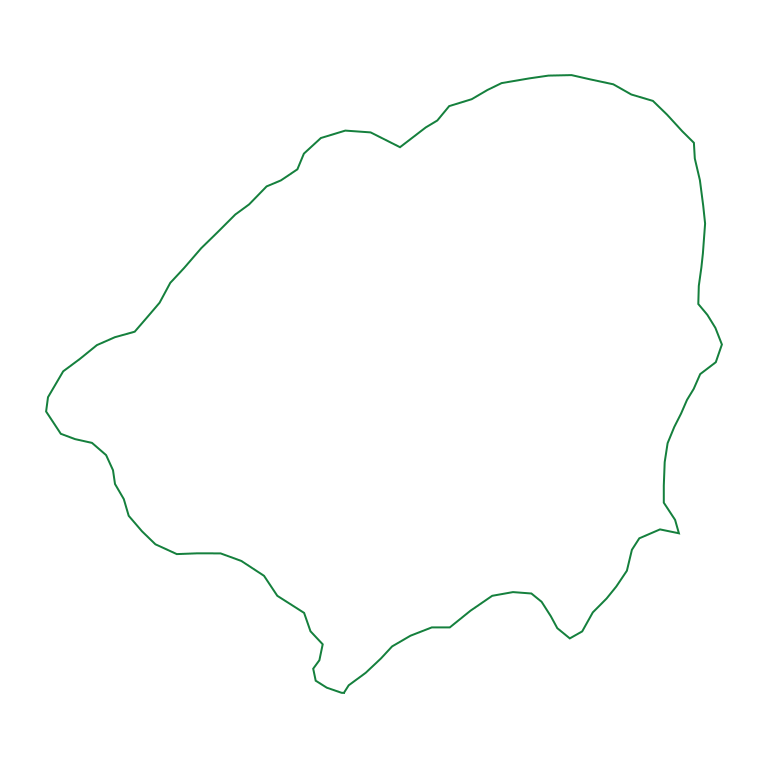 Shahbuz District, Şahbuz, Azerbaijan (orthographic projection)
{"feature_id": "54616110B68105682916253", "entity_name": "Shahbuz District", "entity_type": "district", "adm_level": 2, "iso_a3": "AZE", "parent_name": "Azerbaijan", "parent_adm1": "Şahbuz", "projection": "orthographic", "projection_center": [45.639, 39.439], "detail": "fine", "context": "isolated", "style": "outline", "palette": "green", "viewbox_px": 768, "rotation_deg": 0, "n_neighbors": 0, "source": "geoboundaries", "source_scale": "gbopen_adm2", "svg_char_len": 1490}
<svg xmlns="http://www.w3.org/2000/svg" viewBox="0 0 768 768"><path d="M678.9,533.3L675.1,519.9L663.8,502.7L663.8,485.5L664.7,462.1L667.6,443.2L674.3,426.9L681.1,413.5L687.0,399.9L693.7,388.9L700.2,374.1L715.8,362.2L721.9,344.5L715.4,327.9L707.4,314.9L698.3,304.0L698.8,285.9L701.4,267.3L702.9,253.4L705.1,223.6L703.2,205.6L699.9,180.2L694.8,158.5L693.9,142.8L682.3,131.3L667.1,114.7L652.9,100.9L631.3,94.5L613.3,84.3L589.9,79.3L571.5,75.1L548.5,75.6L529.2,78.4L501.6,83.1L487.4,90.0L471.7,99.2L449.2,106.1L437.3,120.5L425.8,127.4L400.0,147.2L370.6,132.4L345.3,130.6L320.9,138.0L303.9,153.6L297.4,169.3L280.9,180.4L266.6,186.4L249.1,204.4L235.3,214.5L217.3,232.5L201.2,248.2L184.1,268.0L173.6,279.3L170.3,282.8L159.6,302.7L148.6,315.6L134.7,331.7L114.9,337.2L96.9,345.1L79.9,358.9L63.2,371.3L48.0,397.2L46.1,411.5L60.8,433.8L75.0,439.1L92.0,442.9L106.1,455.1L113.0,470.2L115.0,484.0L123.8,499.1L128.7,515.8L142.0,531.3L155.4,544.3L176.8,554.1L197.9,553.3L220.6,553.4L241.7,561.1L242.0,561.4L264.0,575.8L277.3,595.8L304.1,612.9L310.5,631.3L322.7,644.3L319.4,660.2L313.2,668.7L315.7,680.7L326.8,687.7L341.6,692.8L344.0,692.9L344.0,692.7L348.7,685.3L365.7,672.8L381.0,658.4L392.1,646.4L410.5,635.7L431.8,627.4L449.8,627.4L470.5,610.7L492.2,595.8L513.0,592.1L531.4,593.5L541.6,601.8L550.8,616.2L557.3,628.2L569.8,638.4L582.2,631.4L592.8,612.4L606.6,598.5L616.3,586.5L626.9,570.7L631.9,549.8L639.3,538.3L660.0,529.4L678.0,533.1L678.9,533.3Z" fill="none" stroke="#15803d" stroke-width="2"/></svg>